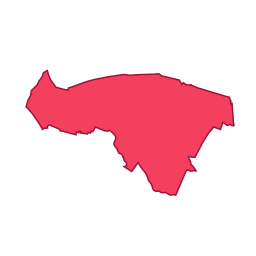 the district of Binh Tan, Hồ Chí Minh city, Vietnam, rotated 280°
{"feature_id": "81297802B42527210401893", "entity_name": "Binh Tan", "entity_type": "district", "adm_level": 2, "iso_a3": "VNM", "parent_name": "Vietnam", "parent_adm1": "Hồ Chí Minh city", "projection": "albers", "projection_center": [106.592, 10.769], "detail": "fine", "context": "isolated", "style": "filled", "palette": "rose", "viewbox_px": 256, "rotation_deg": 280, "n_neighbors": 0, "source": "geoboundaries", "source_scale": "gbopen_adm2", "svg_char_len": 3628}
<svg xmlns="http://www.w3.org/2000/svg" viewBox="0 0 256 256"><g transform="rotate(280 128 128)"><path d="M149.0,232.0L151.8,230.8L162.0,228.3L170.4,226.1L169.8,225.0L169.7,224.9L170.5,224.7L171.7,224.7L172.8,224.5L173.7,223.7L174.7,222.8L175.9,222.7L175.9,221.5L176.5,215.9L177.0,211.6L177.8,204.5L178.0,203.2L178.7,197.7L179.5,190.7L179.6,189.7L180.5,185.9L181.0,183.8L181.3,183.0L181.4,182.6L181.5,182.5L181.4,181.9L181.0,181.9L180.7,178.3L180.8,177.6L181.1,176.6L181.3,176.6L181.5,176.2L182.0,174.8L182.2,174.5L180.2,173.5L182.8,171.3L184.0,170.4L184.2,169.9L184.2,168.8L184.3,166.9L184.6,162.2L184.9,156.7L185.1,153.3L185.2,152.4L185.2,152.1L185.3,151.9L185.4,151.7L186.3,149.9L186.6,149.3L186.7,149.1L186.7,148.8L186.6,148.5L186.5,147.9L185.5,144.2L185.0,142.0L184.7,140.3L182.8,131.3L182.0,127.9L180.4,121.2L180.2,119.9L180.1,115.6L179.6,113.4L179.0,111.7L178.6,110.4L177.7,107.7L175.4,100.8L174.9,99.3L173.0,94.4L172.8,94.1L171.7,91.0L170.0,86.7L167.7,81.7L166.4,79.0L159.8,67.5L158.9,66.0L157.1,62.5L154.6,62.1L155.0,60.8L154.9,58.1L155.3,53.2L155.6,50.2L155.8,49.7L159.7,45.7L162.3,43.2L165.5,41.1L170.6,38.5L169.3,36.8L167.5,35.1L166.3,34.9L164.1,34.7L162.9,34.2L160.5,33.1L158.6,32.0L157.2,31.8L155.5,31.4L154.1,30.7L151.9,29.1L148.5,26.6L148.1,26.4L145.5,26.4L143.2,26.4L141.6,25.9L138.7,24.9L138.1,24.7L131.1,24.0L130.5,25.0L128.0,28.3L125.6,31.2L122.9,33.9L120.1,36.7L116.8,39.8L111.8,44.2L113.1,45.3L113.6,47.1L114.0,48.8L115.9,48.3L117.4,50.0L114.8,61.1L113.5,61.5L113.4,65.7L113.3,66.4L113.2,67.7L113.2,67.9L113.1,68.8L113.0,69.0L112.7,73.1L112.5,76.8L112.3,77.9L113.5,77.9L114.9,77.9L114.8,80.5L116.3,80.6L116.2,82.2L114.9,82.2L115.1,89.3L116.0,89.4L116.4,89.5L116.5,89.7L116.6,90.0L116.5,92.1L116.8,92.1L118.4,92.4L118.3,94.0L119.0,94.2L119.9,94.6L123.2,95.7L121.2,105.5L121.3,108.0L121.4,108.7L121.8,109.3L122.5,110.1L122.2,111.0L121.8,111.6L120.0,114.7L117.9,116.9L117.3,117.3L116.5,117.5L115.2,117.7L113.6,117.4L111.5,116.9L111.1,116.8L110.7,116.7L110.3,116.8L110.0,116.9L109.5,117.0L109.0,117.3L108.4,117.6L107.8,118.2L106.4,119.8L105.5,120.7L103.9,121.7L102.2,122.9L101.7,123.5L101.6,123.9L101.5,124.3L101.4,125.0L101.3,125.5L101.3,126.0L101.2,126.2L100.7,126.7L99.8,127.4L99.0,128.2L98.7,127.9L98.0,128.6L96.8,129.2L95.8,129.5L94.4,130.9L93.4,132.5L92.4,132.8L90.7,133.2L89.3,130.8L86.5,137.6L85.8,139.3L88.3,140.4L91.7,142.1L94.6,143.3L95.7,143.8L95.3,144.4L93.7,145.6L91.2,148.0L89.1,150.3L87.1,152.7L85.7,153.9L83.0,155.7L80.5,157.0L79.6,157.6L78.2,159.1L76.6,160.8L74.6,162.0L72.2,163.2L71.4,163.9L71.0,164.7L70.6,166.0L70.7,166.9L71.1,168.9L71.1,169.6L70.4,171.4L70.2,172.8L70.4,173.9L70.9,175.6L71.0,176.4L70.8,177.1L70.1,178.7L69.4,180.4L69.3,181.3L69.5,182.1L70.2,184.0L70.3,185.5L70.2,186.7L70.4,186.8L71.2,186.9L85.8,190.3L87.9,190.8L89.3,191.1L93.6,192.2L94.4,192.4L95.2,192.6L95.8,192.8L96.6,193.3L96.9,194.2L96.9,195.0L96.9,195.4L96.8,195.8L96.7,195.9L96.5,196.3L96.4,196.7L96.4,197.0L96.5,197.5L97.1,199.1L97.2,199.7L97.4,200.2L97.5,200.8L97.5,201.7L97.5,202.3L97.6,202.6L101.2,199.0L102.5,197.2L103.2,196.5L103.8,196.1L104.4,195.8L105.1,195.6L105.6,195.4L106.2,195.1L106.8,194.7L107.3,194.3L108.2,193.5L109.3,192.8L109.8,192.6L110.2,192.6L110.3,192.7L110.3,194.1L110.5,195.9L110.6,198.3L110.8,199.1L115.0,200.4L123.9,203.2L125.6,203.7L128.3,204.7L134.1,207.0L136.5,208.0L137.2,208.3L138.6,209.2L139.9,210.0L141.6,211.0L142.5,211.5L143.1,211.7L143.9,211.9L142.6,219.3L148.7,220.2L149.8,220.3L149.4,222.2L149.1,223.0L148.0,224.6L147.8,225.3L147.9,225.9L148.6,226.8L149.1,227.8L149.1,228.6L148.5,230.0L148.3,231.0L149.0,232.0Z" fill="#f43f5e" stroke="#9f1239" stroke-width="1.5"/></g></svg>